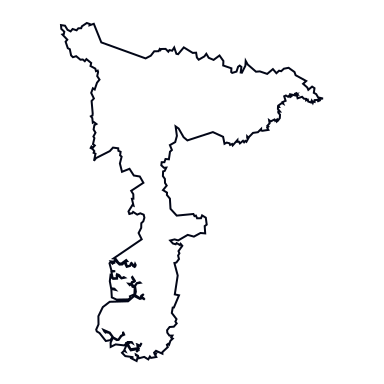 the district of Santiago, Veraguas, Panama
{"feature_id": "35544464B94939099957222", "entity_name": "Santiago", "entity_type": "district", "adm_level": 2, "iso_a3": "PAN", "parent_name": "Panama", "parent_adm1": "Veraguas", "projection": "robinson", "projection_center": [-80.96, 7.991], "detail": "fine", "context": "isolated", "style": "outline", "palette": "ink", "viewbox_px": 384, "rotation_deg": 0, "n_neighbors": 0, "source": "geoboundaries", "source_scale": "gbopen_adm2", "svg_char_len": 5934}
<svg xmlns="http://www.w3.org/2000/svg" viewBox="0 0 384 384"><path d="M294.5,72.0L288.6,67.8L283.9,68.7L281.2,71.2L279.1,70.7L276.4,73.2L272.9,69.1L267.2,73.9L259.8,71.4L256.0,71.7L247.7,64.5L245.7,60.9L245.4,65.7L241.9,72.7L240.7,72.5L241.4,66.9L239.7,65.6L238.1,66.8L236.5,71.6L232.2,72.9L231.2,72.0L231.4,68.3L223.2,65.5L223.4,61.0L219.5,55.5L213.6,59.9L208.7,57.8L206.3,53.8L204.4,56.4L198.7,59.7L196.9,57.5L196.1,52.7L192.7,52.9L183.8,47.4L178.1,54.2L176.4,53.8L174.2,47.5L172.2,50.7L169.4,50.1L168.3,51.7L165.6,48.9L161.0,49.0L160.5,50.0L159.7,49.1L158.6,51.2L154.2,51.3L150.8,55.7L145.6,58.4L101.3,42.4L93.8,23.8L89.5,25.3L89.7,24.0L86.8,23.0L81.9,26.3L81.2,28.2L78.3,28.3L76.6,30.3L72.6,29.0L70.6,31.4L67.5,29.8L65.0,25.7L61.0,25.1L61.3,28.9L64.3,31.7L63.8,34.1L62.4,34.5L67.3,39.7L65.6,41.7L67.8,48.2L69.8,49.2L71.1,55.4L72.9,57.2L76.2,56.2L80.4,59.7L82.8,59.5L84.8,61.2L86.4,59.1L91.2,63.0L90.5,66.0L95.3,68.6L96.0,71.2L97.7,70.6L98.1,72.0L97.2,76.1L99.5,79.6L97.0,82.7L94.7,89.5L92.9,88.3L91.2,92.9L93.9,98.5L91.6,101.0L92.7,113.5L92.5,115.5L90.9,116.3L92.3,118.1L92.8,122.7L93.9,122.1L96.4,124.0L94.4,125.1L93.6,129.5L95.5,132.7L93.4,136.5L94.4,138.1L93.0,144.1L94.8,145.5L92.9,147.6L91.5,146.5L90.7,148.0L92.6,149.0L94.3,151.1L93.6,152.8L95.5,153.7L94.0,160.8L96.0,158.1L109.8,151.1L113.0,147.6L118.2,148.3L118.4,150.8L120.6,151.8L120.1,155.3L121.6,156.7L119.9,163.5L122.0,171.8L129.5,168.8L133.8,175.5L139.8,176.5L143.4,182.8L131.2,190.8L133.3,194.2L133.4,198.7L131.9,198.8L133.5,205.6L132.4,205.1L128.5,211.4L129.6,214.8L129.7,213.5L132.1,213.3L133.1,211.9L137.2,214.6L140.3,213.3L143.7,214.7L144.4,217.7L143.3,221.3L141.3,223.2L141.2,227.9L138.6,233.0L141.7,239.3L113.5,258.5L115.7,258.9L118.7,262.9L121.1,263.7L126.2,260.0L127.2,261.2L125.4,261.4L127.0,266.3L130.1,265.6L130.9,263.3L131.5,262.9L134.6,266.6L134.4,265.6L135.4,265.1L135.0,264.1L135.1,263.8L135.7,265.0L135.2,266.5L134.6,267.0L133.1,266.1L131.2,263.7L130.0,266.0L126.7,266.9L124.4,262.3L122.3,264.5L119.5,264.6L115.0,260.3L114.0,261.3L114.5,263.7L113.6,261.7L110.9,261.4L113.2,264.4L110.6,261.7L109.5,263.3L111.5,270.8L115.2,271.2L111.4,271.7L112.7,278.2L117.0,278.2L116.6,275.2L116.9,274.5L117.5,274.3L119.3,275.2L121.6,278.3L123.8,277.1L124.8,277.7L121.4,278.4L117.1,274.7L117.1,278.7L113.1,278.9L111.9,277.8L111.8,275.0L110.6,274.7L109.8,281.2L111.1,288.2L114.4,288.7L115.5,289.9L111.3,288.9L111.8,297.4L116.6,299.6L128.4,299.4L130.4,297.9L129.9,296.3L134.4,294.3L134.7,287.3L132.5,286.8L131.3,284.2L129.8,285.2L128.5,283.7L131.0,284.0L131.9,282.0L134.5,281.3L132.7,278.9L132.0,277.3L132.4,276.9L134.9,280.8L133.9,282.0L131.7,282.7L132.1,285.0L134.8,286.0L136.8,283.1L139.8,282.3L140.4,282.8L136.8,283.4L135.1,286.1L135.9,291.7L135.0,295.0L140.5,298.5L141.2,295.7L143.7,294.1L141.3,297.1L143.6,298.2L144.7,299.6L142.1,298.1L139.8,298.9L134.2,296.0L128.1,301.3L109.7,301.8L102.8,307.1L98.4,316.2L98.5,324.4L96.2,329.6L96.8,331.4L99.5,333.0L105.8,341.0L110.5,340.1L112.5,336.9L109.4,332.9L106.0,332.2L104.8,333.1L105.8,331.8L104.3,331.4L103.5,329.9L109.8,332.6L113.2,337.4L117.4,339.7L118.6,339.3L121.0,335.8L123.0,334.7L123.0,331.8L124.2,334.7L121.4,336.0L118.6,339.9L116.8,340.1L113.7,338.2L112.4,338.7L110.6,342.7L110.7,346.9L115.7,344.4L124.2,345.4L126.3,343.5L125.9,342.1L126.8,343.6L127.7,342.0L131.3,342.0L132.0,342.3L132.4,343.1L130.9,342.2L127.8,343.8L130.6,349.2L136.7,348.3L138.3,349.2L137.3,345.8L137.4,344.5L140.0,345.7L141.0,343.7L141.6,343.2L140.1,346.0L137.4,344.8L138.9,348.5L137.7,350.9L136.3,351.9L137.7,350.2L137.2,349.2L130.8,350.4L126.9,344.4L124.4,349.8L125.3,351.4L124.0,350.8L122.0,352.8L125.3,356.1L132.5,357.1L132.5,358.5L130.2,357.7L136.6,361.0L137.9,356.2L135.9,355.2L135.8,354.5L138.0,355.8L138.8,358.3L144.2,356.9L148.3,359.4L149.9,356.5L151.0,357.9L156.3,357.0L155.3,355.1L156.0,353.7L154.7,354.2L154.1,352.7L156.0,350.8L162.4,353.7L162.4,352.1L167.8,347.1L166.9,344.8L168.2,343.8L169.1,344.7L170.4,340.8L172.8,338.6L171.2,337.6L172.4,335.6L169.4,335.6L167.3,332.7L167.1,330.2L169.6,327.0L173.8,326.7L176.7,323.4L175.4,321.6L176.5,319.1L171.8,313.0L172.7,307.6L173.9,307.5L179.0,295.3L174.8,294.4L177.7,275.5L174.4,263.0L176.4,262.5L179.0,259.0L178.1,255.6L179.4,253.3L178.5,251.1L182.3,245.8L180.6,243.8L179.9,245.0L176.6,243.1L175.7,244.3L172.9,243.5L170.2,240.5L174.6,239.4L178.2,240.4L187.7,234.9L193.9,236.6L200.5,233.0L205.2,233.4L204.7,226.1L206.7,224.6L205.8,217.7L202.1,215.4L201.0,218.2L197.1,218.3L195.9,215.6L194.5,216.1L193.4,214.0L176.7,215.6L170.5,208.8L169.9,198.6L166.9,195.0L167.0,192.6L163.0,190.1L166.7,185.6L165.0,182.9L164.9,178.9L162.9,176.1L163.1,171.4L164.7,170.9L166.3,167.6L164.0,167.8L161.3,165.3L161.7,162.2L164.4,162.2L165.5,159.0L168.9,159.3L170.0,151.7L171.9,150.0L169.9,145.1L175.2,142.1L176.9,135.9L175.6,126.4L178.7,128.6L183.6,137.2L187.4,140.4L212.9,132.1L223.1,136.8L224.5,143.8L226.7,142.6L229.5,143.3L230.1,144.9L232.1,144.0L232.7,145.4L237.4,140.1L237.4,141.8L238.9,141.7L239.9,143.4L243.0,140.8L244.1,142.3L245.3,140.9L246.4,141.8L248.4,138.2L247.2,137.8L247.2,136.4L248.4,137.6L253.0,132.9L257.9,132.2L261.1,129.0L261.1,130.5L262.4,130.8L268.4,129.9L267.2,127.6L268.3,126.7L267.3,125.9L269.6,123.3L269.1,120.2L270.7,121.4L274.5,119.5L275.2,120.9L276.9,119.6L277.0,121.4L277.9,120.7L279.8,118.1L280.0,114.7L278.3,112.6L278.3,111.6L280.0,111.6L277.9,109.0L278.0,107.0L279.1,107.0L278.3,105.6L281.9,103.0L283.2,103.7L282.5,102.1L285.6,100.8L284.2,96.3L285.9,95.5L288.1,96.8L289.2,95.6L290.2,97.0L291.5,96.2L290.7,94.4L295.5,95.5L296.5,94.4L295.6,94.7L295.1,93.7L296.5,93.1L297.9,94.9L296.8,95.0L297.6,98.3L302.1,96.8L303.9,98.7L306.2,98.9L306.1,100.3L307.8,99.7L308.2,101.5L311.0,102.5L311.7,100.7L312.8,102.9L313.3,101.5L314.6,101.9L314.7,100.1L317.3,99.9L318.1,101.2L319.8,100.4L319.1,99.1L323.0,98.5L318.1,97.4L316.2,94.1L313.8,92.8L314.5,88.2L312.1,86.6L308.3,89.8L307.3,87.5L303.1,83.8L306.2,81.0L295.6,75.2L294.5,72.0Z" fill="none" stroke="#020617" stroke-width="2"/></svg>